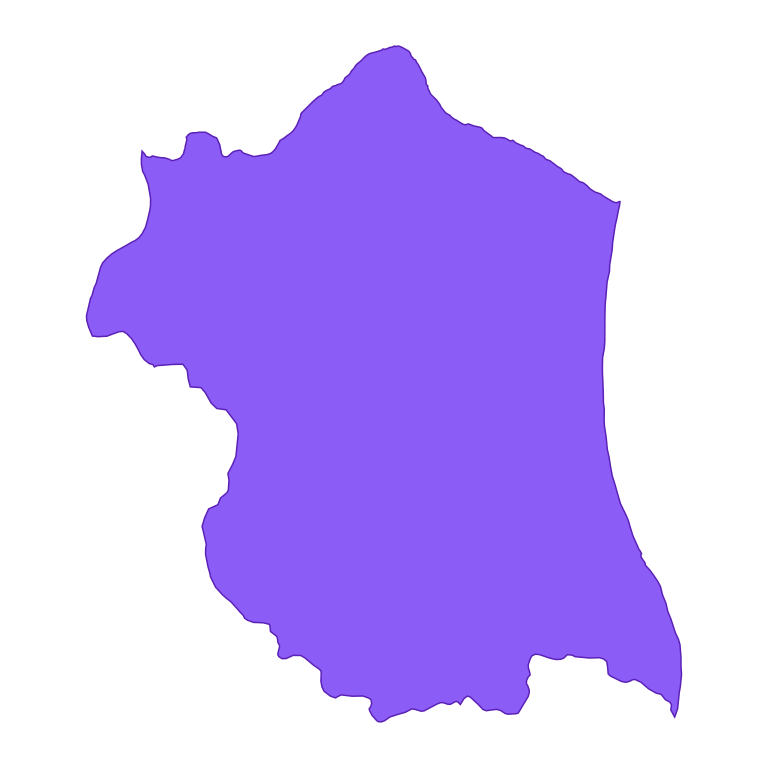 Ngeun, Xaignabouri, Laos (Robinson projection)
{"feature_id": "54806243B6650440767024", "entity_name": "Ngeun", "entity_type": "district", "adm_level": 2, "iso_a3": "LAO", "parent_name": "Laos", "parent_adm1": "Xaignabouri", "projection": "robinson", "projection_center": [101.129, 19.732], "detail": "fine", "context": "isolated", "style": "filled", "palette": "violet", "viewbox_px": 768, "rotation_deg": 0, "n_neighbors": 0, "source": "geoboundaries", "source_scale": "gbopen_adm2", "svg_char_len": 6049}
<svg xmlns="http://www.w3.org/2000/svg" viewBox="0 0 768 768"><path d="M620.0,201.6L619.2,201.6L616.4,202.8L613.1,201.9L603.5,196.2L601.3,194.4L599.9,193.7L594.7,191.9L590.1,188.9L586.8,185.5L583.9,183.2L581.9,182.2L581.2,182.4L580.4,182.0L578.7,181.0L575.7,178.4L570.9,174.7L570.1,174.3L569.2,174.3L565.8,172.9L564.2,172.0L563.2,171.3L562.5,170.2L561.2,168.7L557.1,166.3L554.1,163.9L551.2,161.8L550.1,160.8L546.8,159.7L545.8,159.2L544.8,158.2L544.3,157.4L543.0,156.1L540.8,155.1L538.3,153.5L534.9,152.2L529.9,149.0L526.2,148.3L522.8,145.7L520.9,145.2L516.7,143.3L515.6,142.7L513.1,140.5L512.6,140.3L510.7,141.0L509.9,140.7L506.2,138.7L504.4,137.9L502.9,137.7L500.4,137.5L493.6,137.6L492.6,137.1L491.2,135.9L483.9,130.6L482.4,128.6L481.8,128.0L481.0,127.6L479.5,127.1L474.9,126.2L472.7,125.5L468.8,124.0L467.7,124.0L466.3,124.6L465.5,124.7L464.4,124.6L463.3,124.3L460.1,122.5L456.7,120.3L454.6,119.3L453.4,118.5L450.6,116.4L450.3,115.7L449.9,115.3L448.3,114.5L445.7,112.9L443.9,110.8L441.1,107.2L439.7,104.3L436.7,100.1L431.1,94.7L430.3,93.4L428.0,88.5L427.8,87.3L427.8,85.9L426.3,84.4L425.9,80.2L425.4,78.2L424.9,77.0L421.9,71.8L418.5,65.0L416.4,62.0L415.6,60.0L415.2,59.7L414.2,59.5L412.2,57.2L411.1,55.8L410.4,53.6L409.4,51.9L408.7,51.2L407.5,50.4L401.9,47.3L399.5,46.3L398.3,46.1L397.3,46.1L396.4,46.4L396.0,46.7L395.6,46.6L395.2,46.2L394.2,46.1L392.7,46.9L391.6,47.2L389.9,47.4L386.6,48.9L384.7,49.3L383.1,49.0L382.6,49.2L382.2,49.8L381.5,50.2L375.2,52.2L371.3,53.1L369.3,53.8L367.1,55.0L365.2,56.5L364.1,57.6L361.6,60.3L357.2,63.9L355.6,65.6L353.9,68.4L352.9,69.5L352.0,70.3L351.0,71.6L350.1,73.5L349.2,74.6L345.0,77.9L344.1,79.9L343.4,81.1L341.8,83.0L340.6,83.8L337.9,84.5L336.9,84.9L336.1,85.5L333.3,86.1L331.4,87.4L330.8,88.3L329.8,89.0L326.6,90.4L324.9,91.4L323.4,92.7L322.3,94.4L321.8,95.1L319.0,96.5L317.3,97.7L312.5,102.0L301.4,113.1L300.9,113.9L300.6,115.9L300.3,117.1L297.0,124.8L295.7,127.2L293.3,130.7L290.5,133.3L286.2,136.3L284.4,137.8L279.9,140.6L279.6,141.2L279.5,142.0L278.6,143.3L277.7,145.0L275.4,148.8L274.3,150.2L272.9,151.7L271.4,152.9L270.2,153.6L266.7,154.7L260.6,155.4L257.9,156.0L254.3,156.5L253.4,156.4L250.2,155.4L243.8,153.2L242.8,152.7L241.2,150.8L240.3,150.3L239.3,150.2L236.8,150.7L233.7,151.5L232.2,152.5L228.1,156.3L226.8,156.7L224.7,156.8L223.2,156.3L222.3,155.3L221.7,154.3L221.3,152.9L220.9,150.2L220.6,149.3L220.3,148.0L219.9,145.2L217.4,139.4L216.4,137.8L212.6,136.3L208.7,133.9L206.1,132.5L205.2,132.2L203.9,132.2L199.0,132.2L196.8,132.7L192.7,132.8L190.4,133.3L188.5,134.5L186.2,137.2L186.9,139.2L186.7,140.4L185.2,146.4L185.0,148.8L184.2,150.5L184.2,151.6L183.8,152.1L183.8,153.3L180.8,157.5L179.9,158.2L177.8,159.2L173.3,160.5L171.6,160.5L170.6,160.1L169.8,159.5L164.9,157.9L160.1,157.6L154.9,156.6L152.3,155.9L151.4,156.7L149.9,157.3L148.3,157.1L147.2,156.8L145.6,156.0L144.8,154.2L142.1,151.1L141.4,158.2L141.4,164.1L142.7,171.4L144.7,175.2L148.2,184.5L150.6,198.3L150.5,205.9L149.7,210.7L147.7,219.4L145.6,227.0L142.2,233.6L138.8,237.8L134.9,240.7L132.1,242.0L123.6,246.9L117.1,250.5L112.2,253.6L107.2,257.8L102.7,262.8L100.6,267.2L96.2,283.3L94.1,287.9L92.0,295.5L90.5,298.4L86.5,315.7L86.7,320.3L88.7,327.3L92.4,336.1L94.4,336.2L97.8,336.7L107.0,336.2L112.6,334.0L119.2,331.7L123.1,331.4L127.0,333.9L131.7,338.8L135.4,344.4L138.0,349.1L140.6,354.4L144.2,359.6L149.3,363.6L153.0,364.6L154.3,366.9L157.3,365.6L173.4,364.4L178.7,364.3L183.0,364.3L187.2,370.2L188.3,379.3L190.3,386.9L201.0,387.6L205.3,392.6L211.1,403.0L216.8,408.5L226.1,409.8L236.6,423.7L238.2,433.8L235.9,456.6L232.4,464.8L227.9,473.5L229.0,480.1L228.3,490.2L226.9,492.8L220.5,498.0L217.9,504.7L208.7,508.9L204.7,517.7L202.1,526.3L206.3,544.3L205.6,549.2L205.6,554.5L207.9,566.3L209.7,572.7L210.6,577.0L214.2,584.4L215.7,587.3L222.6,594.9L226.6,598.4L230.9,601.8L238.2,609.8L239.8,611.8L243.2,615.3L244.6,618.2L247.5,620.2L253.5,622.4L263.4,622.8L269.3,624.3L269.9,625.4L270.5,631.5L276.9,636.5L277.5,639.0L278.0,642.7L279.3,644.9L279.6,646.5L278.0,652.9L277.8,654.6L278.9,656.7L282.1,658.7L286.3,658.5L293.1,655.4L300.8,655.5L304.9,657.9L313.3,665.0L319.4,669.2L321.0,671.1L321.2,673.6L320.9,681.2L322.0,686.9L324.1,691.3L330.1,695.9L333.3,697.2L335.7,697.9L337.6,696.6L341.3,694.9L352.1,696.2L363.0,696.0L368.3,697.9L370.9,699.5L371.7,703.3L370.7,706.7L369.2,708.7L369.5,710.4L372.0,715.3L376.7,720.6L378.5,721.7L381.1,721.9L384.6,720.7L390.1,716.9L398.2,714.3L405.3,712.3L411.8,708.9L414.8,709.3L421.1,711.2L424.0,710.9L436.7,704.2L440.3,702.7L443.3,702.7L447.7,704.2L450.4,704.3L455.6,701.5L457.4,701.6L460.4,704.5L463.9,698.7L467.3,696.1L470.1,696.9L478.1,704.3L483.0,709.5L486.3,710.7L492.0,709.9L496.5,709.4L500.4,710.4L505.2,713.5L508.1,714.2L516.4,713.7L518.3,713.0L528.1,696.6L529.2,693.0L529.3,690.3L527.7,685.7L526.5,683.9L526.5,680.7L528.1,677.1L530.1,675.0L529.6,672.0L528.3,667.7L528.3,664.5L530.4,658.3L532.1,655.7L535.4,654.2L539.5,654.6L548.8,657.8L552.8,658.9L556.7,659.5L560.4,659.3L563.5,658.3L567.4,654.7L572.0,655.1L575.2,656.7L589.4,658.0L599.6,657.7L603.9,659.1L606.8,661.7L607.6,667.0L608.2,673.9L610.4,676.0L621.3,681.4L625.7,682.3L630.0,681.2L632.3,679.8L635.1,679.5L640.9,682.2L648.6,688.8L656.1,693.1L661.2,694.4L665.4,699.7L669.9,702.1L671.5,704.8L670.8,710.0L674.7,717.0L677.6,708.8L679.3,692.3L680.3,686.8L681.3,677.0L681.5,674.0L681.0,666.9L681.0,657.9L680.0,644.8L678.5,639.5L675.3,632.6L671.0,619.3L667.8,611.4L666.0,603.5L662.5,594.8L660.4,586.3L657.8,581.5L654.6,576.7L650.0,570.3L645.2,565.0L645.3,564.1L644.9,562.7L641.4,557.6L641.0,556.1L640.9,554.5L641.6,553.8L639.9,550.5L639.4,550.3L632.9,535.8L630.1,526.8L628.6,521.3L626.2,515.5L620.5,503.8L618.3,496.3L614.5,482.9L612.3,476.1L610.4,465.9L609.1,457.3L607.3,449.3L606.2,437.6L604.4,425.5L604.1,420.0L604.3,409.2L603.4,402.1L603.3,393.5L602.9,382.4L602.5,374.5L602.4,367.8L602.6,357.7L604.3,348.4L604.8,341.3L604.9,316.1L605.2,304.1L605.9,296.9L607.1,282.0L609.5,271.3L609.7,264.8L612.2,249.6L612.6,242.9L614.6,229.4L615.5,224.0L616.6,219.6L618.6,209.3L619.4,206.3L620.0,201.6Z" fill="#8b5cf6" stroke="#5b21b6" stroke-width="1.5"/></svg>